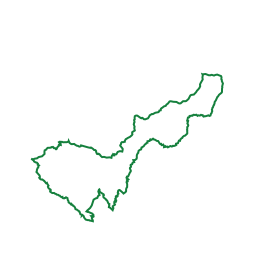 Perisani, Vâlcea, Romania (Equal Earth projection), rotated 38°
{"feature_id": "2599482B30849620277031", "entity_name": "Perisani", "entity_type": "district", "adm_level": 2, "iso_a3": "ROU", "parent_name": "Romania", "parent_adm1": "Vâlcea", "projection": "equal_earth", "projection_center": [24.456, 45.453], "detail": "fine", "context": "isolated", "style": "outline", "palette": "green", "viewbox_px": 256, "rotation_deg": 38, "n_neighbors": 0, "source": "geoboundaries", "source_scale": "gbopen_adm2", "svg_char_len": 5940}
<svg xmlns="http://www.w3.org/2000/svg" viewBox="0 0 256 256"><g transform="rotate(38 128 128)"><path d="M155.6,224.0L157.7,223.1L157.3,222.6L155.1,221.4L154.4,220.4L153.8,220.2L155.1,219.7L155.4,219.2L155.3,218.9L154.2,218.8L154.6,218.2L154.3,217.8L153.6,217.9L152.8,217.4L148.2,218.6L147.7,219.1L147.2,218.8L146.7,219.1L146.7,218.1L147.4,214.3L147.1,211.3L145.0,205.6L145.9,203.3L146.8,202.2L146.9,201.8L146.5,201.0L146.3,199.6L146.9,198.4L143.7,196.3L143.1,194.5L143.2,194.0L143.5,194.1L144.0,194.9L145.4,195.7L149.7,195.3L150.3,195.7L150.1,196.2L150.2,196.6L151.4,197.7L154.8,197.8L155.4,198.2L156.0,198.0L156.6,198.2L158.5,199.3L159.4,199.5L160.1,199.4L160.2,200.0L160.8,200.3L161.1,201.2L161.7,202.2L162.9,201.8L166.5,202.2L165.8,200.1L165.0,199.8L164.2,199.1L164.3,198.2L164.8,197.1L164.9,196.4L163.4,195.7L162.6,194.4L162.6,193.7L163.8,193.7L163.6,192.7L163.2,192.2L161.6,191.8L161.7,190.9L160.5,189.4L160.5,189.1L160.9,188.6L161.7,188.6L161.8,188.2L160.7,186.5L160.9,185.7L159.7,185.2L159.4,184.2L159.0,183.9L158.9,183.0L159.3,182.2L159.8,182.0L163.9,182.2L164.8,182.4L165.5,180.1L165.4,179.0L164.2,177.4L163.8,176.4L163.7,175.1L161.9,172.7L160.2,171.6L160.1,171.3L160.6,170.4L159.1,169.7L159.1,169.4L159.9,168.9L160.0,168.3L157.7,168.3L157.4,168.1L157.1,166.9L157.9,166.2L157.9,165.9L156.9,161.9L156.9,160.6L156.5,159.9L154.5,158.8L154.1,158.2L154.3,157.1L154.1,156.5L153.2,156.0L152.8,155.3L153.6,154.0L153.2,153.2L153.0,152.5L153.9,151.1L152.0,150.0L153.3,148.9L153.7,146.9L153.1,145.8L152.1,144.6L151.6,143.7L151.2,141.9L151.4,141.4L150.4,139.5L150.7,138.1L151.5,136.8L150.7,135.1L151.0,134.7L151.0,134.1L151.5,133.1L151.6,132.0L151.4,130.8L152.0,128.9L151.8,128.3L152.4,127.6L151.5,126.4L152.9,125.0L152.5,123.3L152.7,123.1L153.5,123.4L154.2,121.9L154.1,121.3L154.5,120.9L155.6,121.1L156.5,120.6L158.7,120.4L159.9,119.7L162.7,120.8L163.4,120.7L163.9,120.1L165.1,120.8L165.5,120.5L166.0,119.4L167.8,120.2L168.2,120.9L168.7,120.3L168.7,119.4L169.5,119.5L170.3,118.5L171.3,118.7L172.5,116.1L174.0,115.6L174.4,114.3L175.2,114.0L176.3,112.3L176.5,111.7L175.7,111.2L175.5,110.8L176.7,109.2L175.9,106.7L176.9,106.0L176.3,104.9L176.5,103.1L176.9,102.4L176.6,101.4L177.0,99.8L177.7,98.8L178.1,96.0L177.8,95.4L176.9,94.5L176.5,93.7L175.6,93.1L175.4,92.4L174.1,90.8L174.2,89.9L173.8,88.7L172.7,88.1L172.1,88.0L171.0,85.3L170.6,85.3L170.3,85.9L170.0,85.7L169.7,84.7L168.8,82.9L169.7,81.8L169.1,80.8L169.4,80.2L170.1,79.8L170.6,78.9L171.3,78.6L171.3,77.6L171.6,77.1L172.9,76.5L173.6,75.5L175.3,75.6L175.5,74.8L177.0,74.0L177.4,72.7L178.3,72.5L178.9,71.9L180.1,72.5L180.7,72.4L181.2,71.4L181.9,71.0L183.6,68.5L184.7,68.4L185.3,67.4L184.6,65.8L184.7,64.9L184.1,63.4L184.0,62.8L182.8,61.9L182.6,61.0L182.1,60.1L182.2,59.4L181.5,57.5L181.6,56.8L181.3,56.4L181.2,55.6L180.3,54.2L180.2,52.1L179.3,48.5L179.5,48.0L179.3,45.7L180.0,42.8L179.9,41.8L177.8,39.0L177.2,37.7L176.6,37.3L175.4,34.5L173.0,33.2L172.4,32.4L171.5,32.1L170.4,30.4L169.4,29.8L165.4,31.0L164.1,32.5L163.5,33.7L161.4,34.5L160.8,35.0L160.5,35.7L159.2,36.7L155.9,37.7L154.5,39.0L154.2,39.6L153.6,39.8L154.5,40.4L155.5,42.3L157.0,43.8L157.5,47.5L157.9,49.3L159.2,50.7L159.6,52.5L159.6,54.4L159.4,56.0L159.6,58.0L159.3,61.1L157.4,63.1L157.1,64.1L157.8,67.8L157.3,70.7L156.9,71.4L154.9,73.0L154.3,76.1L153.7,76.8L152.7,77.3L150.2,77.6L147.6,79.4L145.2,80.6L144.4,81.5L144.4,84.2L143.9,85.9L144.1,87.3L143.0,88.9L142.6,90.8L142.2,91.7L142.1,92.6L142.9,93.9L142.0,94.9L142.3,95.9L142.2,96.8L140.1,99.2L139.0,101.8L138.2,102.3L137.3,104.7L137.6,105.8L137.8,108.0L136.2,110.6L135.0,111.3L133.2,111.1L132.7,111.5L132.5,112.1L131.7,112.3L127.8,112.5L126.7,113.2L126.1,114.5L126.9,115.9L128.0,117.1L127.9,118.0L129.5,119.3L129.6,120.2L130.0,120.7L130.2,121.5L132.5,123.0L132.9,124.1L134.9,125.8L133.9,128.6L134.3,129.4L135.4,130.3L135.5,131.3L135.0,133.8L133.8,136.3L133.5,137.5L133.1,138.2L133.5,140.6L133.9,140.8L133.1,142.0L131.9,142.9L131.8,144.0L132.4,145.0L132.5,146.3L132.7,146.7L136.5,147.6L137.2,148.4L138.0,150.1L135.9,151.2L134.6,153.2L135.0,155.9L134.6,156.5L133.1,157.1L133.0,157.3L133.4,157.7L132.7,157.8L133.3,158.5L132.4,158.9L132.4,159.9L133.3,161.7L131.5,162.5L129.4,164.5L126.9,165.5L125.5,166.9L123.8,166.8L122.1,166.3L120.9,166.3L120.5,166.5L120.5,167.0L119.4,167.5L117.5,166.4L117.1,165.8L115.9,165.5L114.9,166.2L113.5,166.0L111.1,166.1L110.7,166.3L110.6,166.8L108.6,167.8L101.7,170.6L102.0,171.4L101.4,172.4L101.0,172.7L99.6,172.9L98.5,173.5L96.9,173.7L95.4,173.7L93.6,175.4L92.6,175.7L91.1,175.7L89.2,174.7L89.5,175.4L88.5,176.9L85.6,179.2L84.8,179.4L82.6,180.9L82.3,181.7L82.9,181.9L84.4,181.7L85.5,182.8L84.1,183.5L83.9,183.9L84.5,184.7L84.2,185.8L84.3,187.5L84.6,188.0L84.6,188.8L84.2,189.1L83.2,188.7L82.0,189.5L81.2,189.1L80.5,189.1L80.2,189.7L79.4,190.2L79.4,190.8L78.8,191.5L76.9,193.1L76.7,194.6L76.9,195.3L76.1,196.9L76.8,198.2L78.2,199.8L77.7,203.2L75.5,205.9L75.0,207.9L73.3,209.7L72.5,211.1L70.7,211.8L73.8,211.7L74.5,212.2L76.3,212.0L77.5,211.4L79.0,211.6L79.4,212.5L80.9,212.3L80.8,213.2L81.6,214.4L81.4,215.2L82.0,217.1L82.7,218.1L82.9,219.0L87.6,219.9L88.8,220.9L89.0,221.4L88.8,221.9L89.7,222.2L91.3,222.1L92.2,221.3L93.9,221.3L94.1,221.4L94.5,221.2L97.5,222.0L97.9,221.8L98.0,221.2L99.3,221.9L100.9,222.4L101.0,223.5L101.7,224.0L102.7,224.4L104.8,224.2L105.3,224.4L105.6,225.0L105.4,225.7L106.0,226.1L108.2,225.9L108.8,225.6L109.7,224.7L111.0,224.7L111.8,224.3L112.8,224.4L114.3,223.6L115.2,223.7L116.0,223.3L117.1,223.6L118.2,223.3L118.7,222.7L119.2,223.3L120.1,223.3L121.1,222.6L121.1,222.2L121.6,221.8L121.8,220.8L123.4,220.5L125.0,221.9L126.2,222.3L127.0,223.2L129.4,223.1L130.1,223.4L130.5,223.3L130.4,222.7L131.4,223.0L132.1,222.8L132.5,223.1L133.9,222.9L135.2,223.3L136.6,224.3L137.9,223.8L139.1,223.9L140.1,223.6L141.1,224.0L141.4,223.8L143.6,225.3L145.1,224.7L145.3,224.7L145.6,225.3L145.7,224.6L147.3,224.7L148.6,225.6L151.0,226.2L152.8,225.5L154.0,224.6L155.1,224.4L155.6,224.0Z" fill="none" stroke="#15803d" stroke-width="2"/></g></svg>